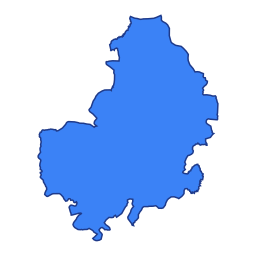 Bo, Southern, Sierra Leone
{"feature_id": "65957751B93581480515289", "entity_name": "Bo", "entity_type": "district", "adm_level": 2, "iso_a3": "SLE", "parent_name": "Sierra Leone", "parent_adm1": "Southern", "projection": "mercator", "projection_center": [-11.769, 7.985], "detail": "fine", "context": "isolated", "style": "filled", "palette": "blue", "viewbox_px": 256, "rotation_deg": 0, "n_neighbors": 0, "source": "geoboundaries", "source_scale": "gbopen_adm2", "svg_char_len": 5831}
<svg xmlns="http://www.w3.org/2000/svg" viewBox="0 0 256 256"><path d="M178.8,198.6L181.8,196.4L183.2,194.8L184.0,193.6L184.1,190.4L185.1,188.7L187.2,188.6L188.0,189.9L189.5,190.1L189.8,191.3L190.6,191.6L190.8,192.7L191.2,193.3L191.8,193.3L191.7,192.7L192.7,192.1L192.8,193.0L194.0,192.9L194.4,193.2L194.8,191.5L196.3,191.6L196.7,190.7L197.7,191.3L198.4,189.1L198.9,188.8L198.7,186.8L199.7,185.8L200.4,185.7L199.4,184.3L199.7,183.6L200.6,183.1L199.8,182.3L199.8,181.8L200.8,181.3L200.1,180.7L201.0,179.4L201.7,179.8L202.6,179.7L203.2,176.3L202.5,176.0L202.4,175.3L203.0,174.7L203.1,173.9L202.4,173.7L201.5,172.4L201.2,171.3L200.7,171.2L200.3,170.6L200.1,168.5L199.4,167.4L199.0,165.7L198.3,165.6L197.8,164.3L196.7,164.4L195.9,164.9L194.8,165.2L193.1,166.8L192.1,167.3L192.1,168.3L191.0,169.6L190.8,170.7L189.1,171.3L188.5,172.0L188.8,172.4L188.2,172.7L188.2,173.5L187.3,173.9L185.2,173.6L183.9,173.3L182.8,172.6L183.1,171.4L185.3,169.5L184.3,168.1L184.5,166.1L185.7,164.5L185.3,163.1L184.7,162.2L186.3,158.2L187.9,155.6L189.7,155.1L191.6,154.1L192.9,152.8L193.3,150.9L192.4,149.1L192.7,148.0L192.5,147.6L193.0,146.3L194.0,145.5L195.0,145.1L195.5,144.2L197.2,144.0L197.9,143.1L198.7,144.0L199.3,144.1L199.6,144.7L200.7,145.1L201.7,144.5L203.6,144.6L205.5,144.2L206.2,145.3L207.0,145.2L206.8,143.6L205.9,142.3L205.6,141.2L205.6,138.9L210.4,137.4L212.4,134.7L213.7,133.5L212.9,133.3L212.1,132.4L212.2,131.2L211.6,130.3L210.8,126.2L207.2,123.9L206.2,122.7L206.2,121.0L206.8,119.7L208.4,118.8L210.1,119.2L217.2,119.8L217.6,119.2L217.5,117.5L217.8,116.0L217.1,114.8L217.5,113.1L217.9,103.6L217.3,102.4L216.5,99.2L215.9,98.2L216.2,97.1L215.4,95.9L212.9,96.1L210.3,95.3L206.8,94.8L203.6,94.9L202.7,94.0L203.1,92.2L202.8,91.6L203.6,90.1L202.6,88.2L204.3,86.2L206.2,84.7L207.2,82.9L207.4,81.2L205.7,80.3L205.3,77.8L203.6,77.5L203.1,76.4L203.4,75.1L203.4,73.6L200.7,72.6L199.6,72.0L197.4,71.7L195.0,71.9L193.1,68.6L189.8,64.7L188.2,60.6L188.0,58.0L188.3,54.4L186.2,51.3L183.4,48.3L181.2,46.4L175.6,45.3L172.0,43.1L171.0,41.9L169.3,35.7L169.4,28.4L167.6,24.9L165.8,23.2L162.5,21.4L161.4,20.1L161.4,16.8L160.9,15.4L156.6,17.3L153.8,18.3L147.4,18.8L143.5,18.9L141.1,19.3L140.1,19.3L137.1,18.5L134.7,18.2L130.5,16.5L130.0,17.6L129.8,18.9L130.6,20.2L130.4,21.0L131.1,22.0L131.1,23.6L130.3,24.0L130.0,24.4L130.3,24.8L129.7,26.4L128.7,26.2L128.4,26.5L128.9,27.5L128.3,28.3L127.9,30.3L126.7,30.3L126.3,30.8L125.1,32.4L125.2,32.8L124.4,34.4L124.0,34.6L123.9,33.9L123.3,34.2L123.3,35.0L123.5,35.4L123.3,36.0L122.9,35.9L122.9,35.4L122.4,35.5L122.3,36.1L122.6,36.4L122.3,36.9L120.9,36.6L119.3,37.5L119.0,36.9L118.3,37.7L117.8,37.7L117.5,38.1L117.3,38.9L116.8,39.3L115.9,38.9L115.7,39.2L114.2,39.3L111.9,40.8L111.3,41.5L110.9,43.5L109.7,44.7L110.8,49.6L110.7,50.3L111.0,50.6L112.6,49.6L113.7,49.8L114.3,50.2L114.3,49.3L115.7,48.4L116.8,48.1L117.6,48.8L117.5,49.7L118.1,50.9L118.5,54.4L119.4,57.4L119.0,61.0L112.6,60.8L109.0,61.2L107.6,61.7L106.6,61.6L106.1,62.0L106.2,63.8L106.6,64.5L110.1,66.9L114.0,70.1L113.8,72.9L114.6,74.7L114.5,79.7L114.2,82.5L113.6,85.2L112.6,86.4L113.1,87.0L112.6,87.2L112.6,87.7L112.1,87.8L111.8,88.5L111.3,89.3L111.3,90.5L110.4,90.0L109.5,89.9L104.7,90.0L102.1,91.0L98.4,93.2L96.0,96.1L95.0,98.4L93.2,101.1L91.1,107.2L89.1,109.5L89.1,110.3L89.8,111.6L93.0,114.0L96.8,118.1L96.6,118.8L94.6,121.2L94.2,122.8L94.2,123.7L95.0,124.7L96.7,126.0L94.8,126.6L94.2,127.2L90.1,124.4L86.6,124.0L83.6,123.3L79.7,123.2L78.0,122.6L74.6,121.9L68.6,121.6L67.6,121.9L66.6,122.6L65.7,124.3L62.5,128.0L58.3,130.6L57.2,130.9L56.4,130.9L55.8,129.7L53.8,129.7L53.2,129.4L50.5,129.1L49.4,129.5L48.4,129.5L47.8,129.8L45.1,130.0L44.7,130.3L42.8,129.9L42.0,130.4L41.2,132.2L40.3,132.2L39.3,134.5L39.5,135.2L39.4,136.6L39.8,137.2L40.4,137.4L40.7,138.2L40.7,139.8L41.2,141.8L40.6,144.9L41.0,146.1L40.2,147.8L40.0,148.8L40.2,150.6L40.6,152.2L38.6,155.0L38.2,155.8L38.1,157.0L38.7,158.1L40.6,159.7L40.8,160.7L40.0,163.6L39.8,165.8L40.4,167.2L40.3,169.5L41.2,169.9L41.9,170.8L42.0,171.3L41.9,171.8L40.3,172.4L40.2,172.9L41.2,174.4L41.1,175.4L40.5,176.3L40.3,177.1L40.5,177.6L43.3,180.2L43.5,182.0L45.3,185.1L45.7,186.4L46.5,187.3L46.6,188.2L46.7,189.5L45.9,190.8L45.0,192.9L44.7,194.5L46.7,196.3L47.7,196.4L51.9,194.1L53.0,193.7L59.5,193.6L60.9,194.6L63.1,197.0L64.0,199.0L65.8,201.2L67.4,200.7L68.6,198.8L69.7,198.7L70.2,198.9L70.7,200.3L72.1,200.1L72.9,200.3L73.3,200.7L73.8,202.2L74.4,202.6L75.7,202.5L76.3,201.7L76.5,201.8L76.9,202.7L76.9,203.7L76.0,205.7L74.8,206.1L72.3,205.3L71.4,205.1L70.5,205.3L69.4,206.6L69.1,207.3L70.4,212.0L70.9,213.1L71.2,215.1L72.2,215.0L78.5,213.3L80.8,213.1L81.3,213.4L80.8,214.1L78.9,215.1L76.9,217.7L76.3,219.2L74.2,221.8L73.5,223.0L73.0,224.6L73.6,226.1L74.7,227.5L78.0,229.5L80.4,229.7L81.7,229.5L82.3,229.8L84.2,229.5L87.2,229.4L89.1,228.4L91.8,229.9L93.1,230.8L93.9,232.1L97.3,234.1L94.4,237.1L92.8,238.4L93.9,239.7L96.0,240.6L97.2,240.6L99.5,240.1L101.1,239.2L102.2,234.7L101.7,233.5L100.0,231.8L99.0,229.9L100.2,228.4L101.1,227.7L102.2,227.5L104.1,228.9L104.7,229.7L106.6,229.6L107.5,230.0L109.7,230.0L110.1,229.5L109.6,227.8L108.6,226.7L105.8,224.7L104.3,222.7L106.1,219.9L109.0,217.4L111.9,217.6L113.3,217.3L114.2,216.0L115.4,215.3L116.6,217.2L121.7,213.5L124.8,207.9L125.8,206.4L126.8,205.6L127.1,203.8L128.0,202.3L127.4,201.3L127.5,199.9L129.8,198.9L132.8,199.3L132.8,201.4L132.1,203.5L132.4,204.7L133.6,206.4L132.0,208.4L131.1,210.0L130.5,212.3L127.8,217.1L128.1,218.9L131.4,223.3L132.2,225.2L133.6,225.6L133.0,223.9L133.5,223.5L133.5,222.8L134.7,222.4L135.0,221.1L136.5,220.1L138.4,217.8L138.4,214.4L139.1,213.5L139.7,212.2L141.5,209.9L142.5,207.6L143.9,206.6L148.1,206.6L148.7,206.3L153.1,206.2L155.8,205.7L157.4,206.9L158.6,208.2L161.8,208.3L163.3,207.8L165.3,205.1L165.8,203.0L167.3,200.0L168.5,198.7L171.2,196.9L174.2,196.8L177.8,198.0L178.8,198.6Z" fill="#3b82f6" stroke="#1e3a8a" stroke-width="1.5"/></svg>